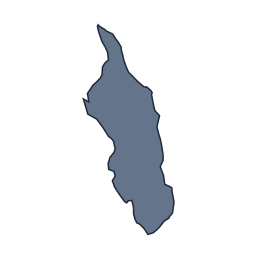 outline of Erimi, Limassol, Cyprus, rotated 162°
{"feature_id": "46923920B22495771378478", "entity_name": "Erimi", "entity_type": "district", "adm_level": 2, "iso_a3": "CYP", "parent_name": "Cyprus", "parent_adm1": "Limassol", "projection": "robinson", "projection_center": [32.922, 34.687], "detail": "fine", "context": "isolated", "style": "filled", "palette": "slate", "viewbox_px": 256, "rotation_deg": 162, "n_neighbors": 0, "source": "geoboundaries", "source_scale": "gbopen_adm2", "svg_char_len": 1198}
<svg xmlns="http://www.w3.org/2000/svg" viewBox="0 0 256 256"><g transform="rotate(162 128 128)"><path d="M124.6,235.4L125.7,234.1L126.2,228.1L126.0,218.3L124.7,212.5L124.0,206.7L125.5,198.9L130.0,196.8L133.3,194.0L136.1,187.0L138.4,184.4L143.3,181.7L148.4,179.4L151.5,176.8L156.0,173.3L156.4,169.9L157.3,164.9L161.5,169.4L161.7,160.6L161.9,153.6L155.0,146.1L151.8,136.5L149.0,125.8L146.9,123.0L145.9,119.6L146.6,112.4L148.7,109.3L154.1,105.7L157.8,100.5L159.2,94.6L154.8,91.2L155.0,86.3L158.8,83.0L159.2,82.6L158.9,75.4L156.6,67.1L154.0,59.1L152.4,57.2L150.3,58.7L146.8,57.9L147.2,51.3L149.3,44.3L149.5,39.1L148.9,35.0L146.6,33.0L143.8,27.4L141.9,20.6L136.3,20.6L130.3,23.1L126.5,25.5L122.5,28.2L117.7,29.5L117.9,29.6L112.0,33.4L107.1,43.3L105.9,52.9L104.8,57.8L110.4,63.1L108.9,71.9L109.3,81.3L104.6,86.4L103.0,91.3L101.6,99.8L100.7,107.4L100.7,111.7L100.1,120.2L94.2,130.0L97.1,136.3L96.5,143.4L95.3,152.4L94.1,154.2L94.8,156.8L97.5,161.3L100.0,162.0L104.3,169.0L107.8,176.1L110.2,180.8L110.8,186.1L111.0,193.5L110.5,199.3L110.3,203.8L109.6,207.2L110.8,212.8L112.3,216.9L113.5,222.0L118.6,226.9L119.9,229.2L123.6,233.5L124.6,235.4Z" fill="#64748b" stroke="#1e293b" stroke-width="1.5"/></g></svg>